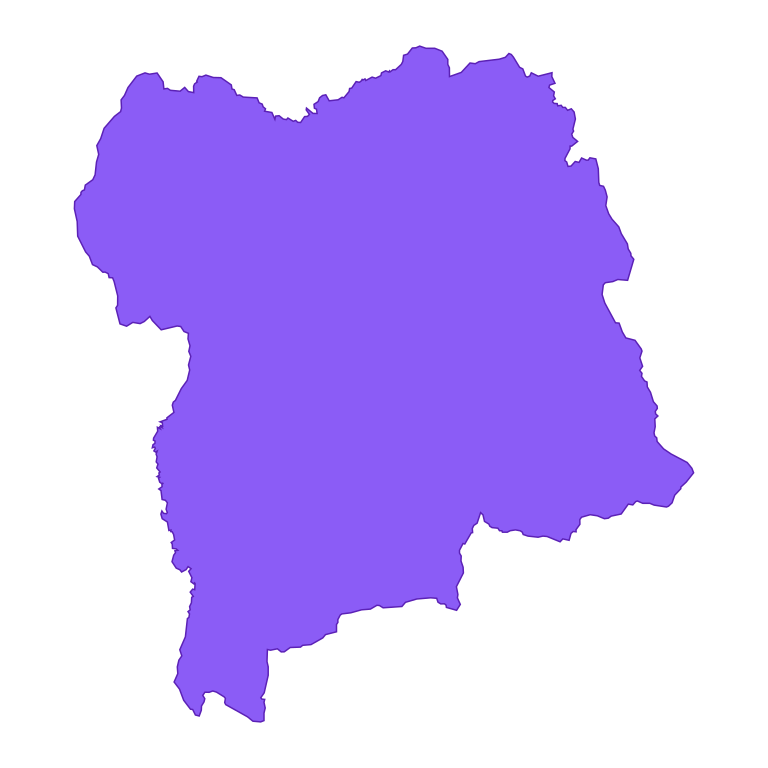 Loilen, Shan, Myanmar (Mercator projection)
{"feature_id": "60261553B60770274813160", "entity_name": "Loilen", "entity_type": "district", "adm_level": 2, "iso_a3": "MMR", "parent_name": "Myanmar", "parent_adm1": "Shan", "projection": "mercator", "projection_center": [97.755, 21.29], "detail": "fine", "context": "isolated", "style": "filled", "palette": "violet", "viewbox_px": 768, "rotation_deg": 0, "n_neighbors": 0, "source": "geoboundaries", "source_scale": "gbopen_adm2", "svg_char_len": 6019}
<svg xmlns="http://www.w3.org/2000/svg" viewBox="0 0 768 768"><path d="M576.1,531.8L576.0,529.7L579.9,524.3L579.8,519.6L581.5,517.2L590.2,514.7L597.4,515.8L604.4,518.7L608.3,518.2L611.2,516.1L621.2,514.0L628.3,504.1L632.8,504.9L635.7,501.6L637.4,501.0L642.7,503.3L649.8,503.3L654.1,505.1L666.5,507.0L668.5,506.2L672.1,502.8L674.7,495.2L680.8,488.7L680.8,487.1L686.2,482.1L693.6,472.8L691.9,468.3L687.2,462.5L671.1,454.0L663.6,448.9L657.1,441.5L656.7,437.8L654.7,436.0L654.0,432.8L655.2,426.7L654.8,418.9L657.9,416.0L655.6,413.8L655.3,411.3L657.3,408.5L657.1,406.0L653.4,401.7L650.5,392.3L647.3,386.9L647.0,382.0L644.6,380.9L641.5,376.5L642.0,373.3L639.7,370.4L642.6,366.3L639.8,357.9L642.0,351.1L641.2,348.9L635.0,340.3L625.8,337.9L622.3,331.9L619.1,323.1L615.5,322.8L604.8,303.0L602.1,294.5L603.3,284.9L605.3,282.7L612.8,281.6L617.8,279.5L627.6,280.3L633.8,259.3L631.0,255.8L630.8,253.3L628.2,248.9L627.4,243.9L621.3,233.7L618.8,226.9L612.0,219.2L608.7,213.8L605.8,205.6L607.1,196.9L605.3,190.1L603.5,186.3L599.7,185.4L598.8,182.4L598.3,168.7L595.8,158.9L589.9,157.8L588.2,160.1L586.5,160.2L581.6,158.0L579.0,162.4L575.2,161.5L571.0,166.1L568.0,166.4L566.7,162.0L564.9,160.6L565.0,158.4L570.0,148.9L570.1,146.1L571.7,146.1L577.6,141.4L572.8,137.4L571.7,134.1L573.6,131.1L572.9,129.2L575.4,119.0L574.1,112.0L571.3,108.8L567.6,110.3L565.3,107.4L562.7,107.4L561.2,105.3L557.7,105.8L557.2,103.6L554.1,103.4L552.6,102.0L552.8,100.5L555.3,98.8L553.6,95.9L554.3,92.0L548.9,87.5L549.6,85.1L555.0,83.3L551.8,76.6L552.0,72.7L538.2,76.2L531.3,72.8L529.8,76.0L527.2,77.1L525.5,76.1L522.8,68.9L519.6,67.3L513.4,57.1L511.3,54.5L508.9,53.5L505.4,57.3L499.2,59.2L479.1,61.6L475.3,63.7L470.0,63.0L461.3,72.4L449.5,76.6L449.4,67.8L447.8,64.4L447.8,59.4L442.1,51.2L434.8,48.3L426.0,48.3L419.7,46.1L415.9,47.8L412.3,48.0L407.5,54.1L403.6,55.3L402.8,61.5L401.3,64.4L395.6,69.7L393.0,69.7L390.0,71.9L389.5,70.9L388.7,72.0L385.7,70.8L381.5,72.9L380.9,75.6L375.6,78.2L372.1,77.1L365.8,80.5L365.0,78.9L363.2,79.9L361.6,79.1L362.4,80.0L359.4,82.3L356.1,81.6L351.7,88.1L349.6,88.5L349.1,91.5L343.9,97.8L342.0,97.3L338.1,99.8L329.2,100.8L325.8,94.8L322.5,95.5L319.6,97.8L318.1,101.6L314.0,104.3L314.4,108.2L316.5,109.2L317.1,113.5L313.0,113.4L306.5,108.1L306.2,109.9L309.4,114.4L307.5,116.4L304.6,116.6L300.6,122.5L297.7,122.3L295.7,120.4L293.2,121.3L287.9,118.0L286.5,119.6L283.3,119.1L279.1,115.7L275.6,116.1L274.9,119.3L271.9,112.5L264.6,111.2L265.5,108.8L263.1,106.8L262.2,104.1L259.1,102.8L257.1,97.9L243.3,97.1L239.8,95.0L236.8,95.4L234.2,89.7L232.0,89.0L231.3,84.9L221.0,77.7L213.3,77.5L205.9,75.1L202.0,76.7L199.0,76.3L196.7,81.2L197.2,82.0L194.6,83.9L193.6,86.2L193.7,92.6L188.4,91.6L184.7,87.4L180.1,91.2L170.4,90.3L167.5,88.4L163.9,88.9L163.1,81.8L157.1,73.0L149.5,74.2L145.0,72.9L136.7,76.1L128.0,87.5L124.5,95.4L121.1,99.9L121.5,108.1L120.6,111.6L114.4,116.4L104.1,128.3L100.7,138.6L96.8,145.6L98.7,154.4L96.5,162.0L95.1,174.8L92.8,179.7L85.3,185.1L84.4,189.9L82.4,190.7L81.0,192.3L80.9,194.5L74.7,201.5L74.4,208.8L77.2,221.6L77.7,236.2L85.6,251.9L89.3,256.2L92.5,264.6L97.4,266.9L102.8,272.2L105.1,272.1L108.2,273.6L109.1,277.6L112.6,277.8L114.1,281.5L117.7,295.9L117.6,305.3L115.9,307.9L120.0,323.9L126.6,326.2L132.8,322.4L140.1,323.6L144.3,321.5L149.9,316.4L152.3,320.5L161.2,329.8L177.1,326.0L180.7,326.5L184.0,331.5L188.4,333.3L188.0,338.9L190.0,345.8L188.8,351.4L190.8,356.3L188.5,365.0L189.7,370.0L187.2,380.4L181.3,388.6L175.4,400.4L173.3,402.1L172.3,405.2L173.9,412.4L166.9,417.8L167.0,419.3L160.1,421.8L162.3,422.7L162.6,426.2L161.0,425.7L162.0,427.5L160.1,426.5L159.3,427.3L160.1,428.7L157.4,427.3L157.7,431.2L153.6,438.1L153.4,440.2L155.1,441.1L154.9,443.4L153.0,444.7L152.3,447.8L154.7,447.1L155.3,448.3L153.9,450.9L155.7,452.1L157.1,451.2L156.1,454.1L157.1,456.8L156.2,461.9L158.0,464.1L156.7,467.9L160.1,472.0L158.9,473.0L159.3,475.0L157.1,476.6L159.6,477.3L158.5,478.2L159.7,482.1L161.9,483.8L163.3,482.9L161.9,484.7L162.1,486.7L158.8,489.0L161.0,490.6L162.1,499.5L165.4,500.3L167.4,502.8L166.1,509.2L167.3,512.5L166.5,513.7L163.5,513.3L161.9,511.0L160.9,514.1L162.2,518.7L167.4,522.0L168.9,530.5L171.0,530.1L170.8,531.6L172.2,531.8L173.6,534.5L174.6,540.0L171.2,542.5L172.2,544.0L172.5,548.4L176.3,548.9L177.8,550.3L174.9,550.8L175.5,552.7L173.7,555.2L172.0,561.7L176.2,568.1L179.9,569.8L181.6,572.0L186.1,569.6L188.1,566.6L191.1,568.7L188.7,571.3L191.9,577.7L190.9,581.7L193.9,583.9L194.6,582.9L195.1,583.6L194.7,589.7L192.7,589.1L190.2,592.1L193.3,596.4L191.7,597.3L191.4,602.8L189.6,606.6L190.2,609.8L188.0,611.6L189.5,613.9L188.9,617.4L187.4,618.6L185.4,636.8L179.8,649.7L181.8,655.9L178.9,660.1L177.3,666.9L177.8,673.6L174.1,682.0L179.5,689.1L183.7,700.3L190.5,709.2L192.7,709.5L195.4,715.0L199.2,716.0L201.3,710.3L201.5,706.0L204.0,701.9L204.8,698.7L202.8,695.4L204.9,692.2L209.1,692.3L212.8,691.0L216.5,692.1L224.2,696.9L225.4,698.4L224.7,702.6L225.7,704.6L247.5,716.8L252.9,721.2L260.7,721.9L264.0,720.6L264.0,713.1L265.2,708.0L264.0,702.3L264.7,699.4L261.9,699.1L260.8,697.7L264.2,692.8L268.2,675.3L268.2,666.8L267.0,661.6L267.4,649.5L270.5,650.2L277.4,648.8L281.2,651.9L284.3,651.8L290.2,647.5L300.5,647.1L302.7,645.3L311.0,644.6L322.8,637.9L325.5,634.6L336.5,631.8L336.5,624.5L337.9,622.4L337.8,619.7L340.2,615.1L341.9,613.9L350.8,612.8L361.6,609.8L370.4,609.1L376.9,605.3L379.4,605.5L383.1,607.8L401.9,606.5L405.5,602.3L416.7,599.0L430.7,597.8L436.7,598.3L438.0,602.2L440.8,603.9L444.5,603.8L446.1,605.2L446.4,607.4L456.6,610.3L460.3,604.4L457.4,597.9L457.9,594.5L456.4,586.7L463.4,572.9L463.1,567.2L461.0,561.0L461.2,556.0L459.5,553.1L459.5,550.3L463.0,543.5L464.8,544.0L471.2,532.9L472.6,532.6L472.3,528.5L473.8,525.4L477.1,523.2L480.6,512.6L483.0,514.9L484.5,521.4L488.9,524.1L489.8,526.2L492.0,527.6L497.9,528.2L499.5,530.7L501.9,530.8L502.4,532.2L507.3,532.2L510.2,530.7L515.5,529.9L520.3,530.8L522.3,532.2L523.2,534.5L528.0,536.1L538.1,537.2L542.9,536.1L547.1,536.5L560.1,541.8L562.8,538.9L569.1,540.3L571.0,533.4L573.1,531.5L576.1,531.8Z" fill="#8b5cf6" stroke="#5b21b6" stroke-width="1.5"/></svg>